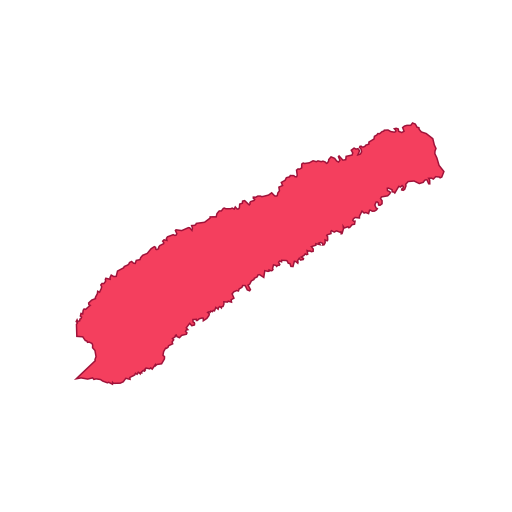 Itarumã, Goiás, Brazil, rotated 294°
{"feature_id": "56859067B5500678959549", "entity_name": "Itarumã", "entity_type": "district", "adm_level": 2, "iso_a3": "BRA", "parent_name": "Brazil", "parent_adm1": "Goiás", "projection": "orthographic", "projection_center": [-51.292, -18.891], "detail": "fine", "context": "isolated", "style": "filled", "palette": "rose", "viewbox_px": 512, "rotation_deg": 294, "n_neighbors": 0, "source": "geoboundaries", "source_scale": "gbopen_adm2", "svg_char_len": 6147}
<svg xmlns="http://www.w3.org/2000/svg" viewBox="0 0 512 512"><g transform="rotate(294 256 256)"><path d="M437.1,361.7L436.6,356.6L438.0,353.6L439.5,352.6L439.1,350.8L441.3,347.9L441.2,344.9L438.3,344.2L436.8,340.8L435.1,338.8L433.0,337.7L430.2,340.5L428.1,339.0L427.9,335.6L429.9,334.3L429.7,332.1L428.5,330.6L427.6,332.7L426.5,333.0L425.4,332.1L424.5,328.5L424.8,325.4L423.1,322.0L421.9,321.9L421.0,320.6L418.0,319.2L417.4,317.5L415.6,317.1L413.5,315.5L410.9,316.2L406.0,312.8L404.1,313.6L401.9,311.2L400.4,310.9L399.2,309.7L398.7,308.5L399.1,307.4L398.5,306.4L397.4,306.4L396.4,308.5L394.1,310.1L391.6,309.9L389.8,307.9L393.6,307.9L394.6,307.3L395.5,305.5L394.3,303.8L394.5,301.7L391.4,300.0L389.5,302.5L387.3,302.7L383.7,297.8L380.5,298.8L378.9,296.4L381.2,291.2L380.3,290.9L377.6,293.7L375.4,293.2L375.6,291.0L377.2,288.1L377.1,284.2L373.7,283.2L372.2,283.7L370.1,283.4L369.3,282.7L370.0,281.2L369.9,278.6L368.7,277.2L368.1,273.9L366.7,272.8L366.2,269.4L362.9,266.9L360.3,262.8L360.1,261.3L359.0,260.5L358.0,260.6L355.1,261.9L352.9,260.3L352.7,259.0L350.9,258.1L346.6,260.8L344.9,260.9L344.3,259.4L344.8,257.8L343.5,254.6L341.9,254.4L339.9,251.9L337.0,251.8L333.5,249.2L331.2,251.6L328.2,248.9L325.1,250.9L322.5,250.3L319.8,250.9L318.9,250.0L318.5,248.6L320.1,244.6L316.8,242.7L313.7,238.8L312.6,237.2L312.5,235.5L311.5,233.3L309.6,231.9L308.7,229.6L307.7,230.0L307.2,231.8L306.0,231.7L303.5,229.0L302.4,228.7L301.2,229.4L299.9,229.0L302.0,223.1L300.7,221.4L298.7,222.1L296.8,220.0L293.3,221.2L292.0,220.9L291.2,219.8L292.4,217.1L290.0,217.0L290.1,214.8L288.8,213.5L286.9,209.2L286.9,207.5L286.2,206.8L283.1,206.0L282.2,204.1L281.1,203.7L278.8,203.1L275.6,203.7L273.1,198.2L271.9,198.6L265.9,195.3L261.5,188.2L260.2,188.2L259.0,187.4L257.6,184.8L255.7,186.6L253.3,187.1L254.8,183.9L254.4,182.7L249.0,177.8L247.4,172.3L246.5,172.0L244.2,174.6L242.5,174.5L241.8,173.5L241.8,171.7L237.5,167.3L235.6,167.0L234.0,168.3L233.4,165.4L231.6,164.7L230.7,166.3L229.7,166.6L226.4,163.9L224.5,163.5L223.0,164.0L221.5,162.8L221.4,161.8L223.1,160.7L223.2,159.3L220.0,157.2L214.1,155.6L210.6,152.2L207.6,151.3L205.5,151.5L203.3,148.4L200.1,148.7L199.6,147.1L200.4,144.6L198.6,143.1L196.8,143.1L195.5,142.4L192.8,139.9L191.4,139.9L185.9,135.6L180.5,136.6L179.4,134.4L179.7,131.5L177.0,131.4L175.4,132.2L174.6,127.9L173.3,127.9L171.8,128.9L168.9,128.2L168.3,126.5L166.4,126.0L165.2,127.5L163.3,127.9L159.3,127.8L159.4,125.7L157.1,126.4L152.8,126.1L151.8,126.7L149.0,123.9L145.0,122.2L143.6,123.1L143.5,124.6L137.9,122.0L137.7,120.5L136.2,120.2L132.6,121.2L132.4,119.5L129.7,120.0L129.3,121.5L127.6,121.6L126.8,120.8L125.1,121.3L123.7,119.7L124.9,118.5L123.0,118.4L122.3,120.1L120.5,119.8L109.7,125.0L111.7,130.6L109.3,134.5L109.6,135.9L108.6,137.2L109.5,138.6L109.4,141.7L108.2,143.0L105.7,144.0L104.2,147.3L99.0,150.8L96.0,151.0L94.9,151.7L70.7,141.7L73.5,145.8L75.1,152.3L78.2,156.3L77.3,158.1L78.7,159.8L79.9,164.2L79.4,166.8L79.7,171.8L80.7,172.8L80.5,177.0L82.2,176.4L81.7,177.6L84.6,183.7L87.1,185.9L91.3,186.8L92.1,191.1L93.7,190.1L98.0,193.6L99.8,193.6L99.6,195.5L101.9,195.7L101.3,198.0L102.1,197.6L102.7,199.2L103.6,198.6L105.3,199.4L105.4,201.0L106.8,201.3L106.9,200.4L108.9,201.1L109.7,204.8L111.0,205.3L110.4,207.2L115.7,208.2L114.8,208.8L116.6,209.6L119.1,213.6L124.7,214.2L126.8,213.4L127.5,211.4L131.1,210.5L135.0,210.9L135.2,211.8L137.0,212.8L138.4,212.6L141.9,215.6L143.4,214.3L145.9,214.9L146.6,213.3L149.3,215.0L150.7,214.7L151.4,215.2L150.2,216.6L150.2,219.3L153.3,220.4L156.2,224.2L157.7,224.2L158.5,222.3L160.1,222.4L161.0,223.7L162.0,221.5L167.5,222.8L166.2,225.7L167.9,227.8L169.3,227.4L170.1,226.7L170.1,225.4L172.3,224.2L173.9,227.2L172.8,227.8L173.2,228.6L175.6,229.7L177.4,231.9L177.7,233.1L175.4,234.2L179.0,236.5L182.4,237.2L184.2,236.9L184.8,234.8L186.0,235.8L186.0,237.0L187.3,237.1L187.4,238.8L188.9,239.1L189.0,240.4L192.7,240.2L192.0,243.0L193.6,242.7L195.1,243.5L194.5,245.5L195.5,245.2L196.5,246.4L198.8,246.3L201.1,245.3L202.3,248.7L203.4,249.0L203.9,252.4L205.9,251.1L208.5,253.0L211.7,249.6L214.3,250.3L216.6,252.4L216.9,254.2L219.1,254.0L221.7,255.9L223.6,255.8L224.6,258.1L221.5,261.8L221.6,264.3L223.0,264.6L226.2,260.6L227.7,261.7L231.4,261.9L233.7,263.7L234.9,263.5L237.5,265.6L239.5,265.5L240.4,266.8L239.6,271.8L246.2,270.0L246.8,273.2L247.4,274.1L248.6,273.6L248.6,275.8L249.5,276.8L250.6,277.0L251.3,276.2L255.0,275.6L255.5,278.0L254.9,279.1L256.3,279.6L256.9,281.0L257.9,281.2L259.4,279.2L261.0,279.6L261.1,281.7L262.5,281.2L264.2,285.5L264.1,286.6L262.5,288.4L262.9,290.1L260.7,292.1L261.4,294.1L266.8,293.2L267.1,294.7L266.4,297.1L267.5,296.9L268.6,295.9L271.5,296.4L270.4,298.3L272.0,300.6L273.1,300.4L273.4,297.7L276.0,299.6L278.0,300.1L277.8,301.6L278.6,302.5L281.8,300.5L281.9,302.4L282.6,303.1L282.4,304.8L283.5,306.3L285.6,305.5L287.1,302.8L290.2,306.3L291.6,305.7L292.4,309.9L293.4,308.1L294.6,309.3L294.7,311.7L293.2,312.6L293.9,313.6L296.2,313.8L298.8,312.5L298.8,314.8L299.8,315.0L303.0,313.4L303.4,312.3L304.3,312.4L307.0,315.4L308.8,314.4L309.8,314.6L309.7,317.8L311.7,319.3L311.9,323.0L312.7,323.7L310.9,324.8L311.5,325.5L316.5,324.8L318.5,323.7L317.5,325.3L320.2,328.1L319.5,329.1L320.2,330.0L323.8,331.1L325.1,333.1L328.1,332.3L327.5,331.1L327.9,329.9L329.7,329.9L331.5,330.9L332.8,335.0L334.6,334.3L340.1,334.6L339.2,337.3L340.4,338.6L340.5,341.6L344.0,341.1L344.4,342.0L344.2,344.0L345.2,346.0L347.1,347.3L348.6,347.6L348.8,346.0L351.0,343.8L354.2,343.8L354.7,345.0L354.3,346.1L352.4,347.3L352.8,348.7L355.0,349.9L357.8,348.7L359.1,346.4L361.0,346.6L364.5,351.8L367.3,352.9L368.6,352.9L369.2,352.0L369.2,349.5L371.3,348.4L371.9,349.3L371.9,353.3L370.0,354.3L370.5,355.8L370.0,357.2L377.7,358.1L377.8,360.0L379.8,360.8L379.3,362.3L378.2,362.8L376.5,361.9L375.6,362.2L375.9,363.8L377.4,364.7L381.0,364.5L382.4,363.6L385.9,364.7L388.8,369.9L388.6,375.7L391.3,378.8L393.7,379.3L394.9,380.3L395.0,381.3L392.2,384.4L392.6,385.4L396.0,383.8L397.2,382.1L398.5,384.6L398.4,386.7L401.6,387.9L402.7,391.4L402.3,392.4L403.7,393.6L409.6,393.3L413.2,386.4L419.1,381.4L422.3,377.7L424.8,376.8L427.4,376.7L430.0,373.7L435.1,369.8L437.1,361.7Z" fill="#f43f5e" stroke="#9f1239" stroke-width="1.5"/></g></svg>